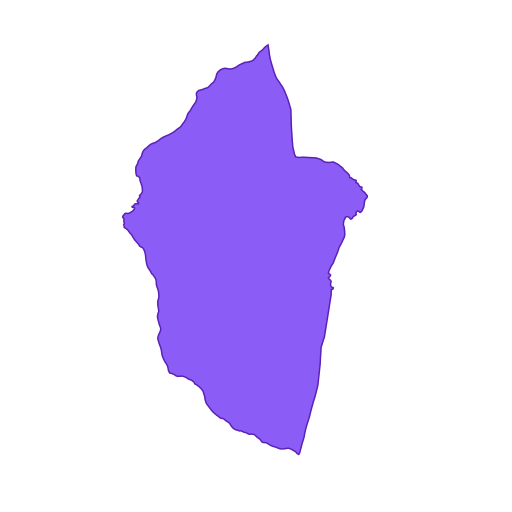 the district of Meung, Bokeo, Laos, rotated 257°
{"feature_id": "54806243B45963768052626", "entity_name": "Meung", "entity_type": "district", "adm_level": 2, "iso_a3": "LAO", "parent_name": "Laos", "parent_adm1": "Bokeo", "projection": "albers", "projection_center": [100.544, 20.66], "detail": "fine", "context": "isolated", "style": "filled", "palette": "violet", "viewbox_px": 512, "rotation_deg": 257, "n_neighbors": 0, "source": "geoboundaries", "source_scale": "gbopen_adm2", "svg_char_len": 6116}
<svg xmlns="http://www.w3.org/2000/svg" viewBox="0 0 512 512"><g transform="rotate(257 256 256)"><path d="M459.0,315.2L457.4,311.5L455.5,308.9L453.8,305.1L452.5,303.6L451.1,302.4L451.0,301.7L450.4,301.1L449.6,300.5L449.0,299.8L448.1,298.2L447.6,297.8L447.4,297.1L446.8,295.2L447.0,293.9L446.6,293.2L446.9,292.1L446.9,291.4L446.8,290.8L446.9,290.0L447.2,289.2L447.2,288.6L447.0,287.6L446.5,287.0L446.5,286.3L446.7,286.0L445.8,282.3L444.4,278.8L443.8,275.4L443.9,273.3L444.4,271.7L445.9,268.1L446.0,266.5L445.6,263.5L444.0,260.5L442.2,258.7L438.8,257.0L436.5,255.3L434.9,253.7L433.7,251.3L432.0,248.8L431.1,247.2L430.8,245.9L430.8,244.1L430.3,241.5L430.2,237.6L429.5,236.0L428.0,234.5L426.3,234.2L423.5,234.1L421.7,233.2L419.7,232.0L416.5,228.5L414.0,226.0L412.4,224.6L410.8,222.5L409.8,221.5L408.1,220.4L406.4,219.4L404.4,217.8L402.6,216.0L401.1,214.1L399.3,212.2L398.5,210.9L397.5,208.2L396.5,206.3L395.1,203.2L394.6,201.6L393.8,198.6L392.9,193.5L392.4,191.4L391.3,188.6L390.3,186.7L389.9,185.2L389.2,183.6L389.0,180.6L388.5,178.4L387.3,176.0L385.8,173.4L385.3,172.0L384.4,170.6L383.1,169.3L381.9,168.4L379.0,166.9L377.7,165.6L375.4,163.0L372.2,161.1L371.1,160.1L369.8,159.0L367.7,158.4L365.4,157.9L362.8,157.6L360.9,157.8L360.9,158.1L360.7,158.4L359.5,159.6L359.0,159.8L358.4,160.2L357.7,160.3L357.2,160.3L356.1,160.0L355.0,160.0L353.1,160.3L351.3,160.4L350.7,160.6L350.4,160.5L349.5,160.7L348.7,160.6L345.1,160.0L344.4,159.8L343.7,159.5L343.3,159.0L342.2,157.8L341.7,157.1L341.3,156.3L341.0,156.0L340.2,156.2L339.5,156.2L339.3,156.1L339.0,155.5L338.2,154.4L337.6,153.9L336.6,152.8L336.3,152.6L335.8,152.6L335.3,152.7L334.3,153.4L333.9,153.5L333.6,153.4L333.4,153.0L333.4,152.5L333.7,151.4L333.9,150.8L334.0,150.2L333.9,149.7L333.7,149.2L332.3,147.9L332.2,147.6L332.3,146.6L332.1,146.4L331.8,146.3L331.5,146.3L331.1,146.7L330.8,147.8L330.5,148.3L330.1,148.4L329.6,148.3L329.2,148.1L328.9,147.7L328.5,147.5L328.4,147.1L327.7,146.3L326.5,143.0L326.2,141.4L326.2,140.8L326.9,139.0L326.9,138.3L326.8,137.7L326.1,136.9L325.3,135.9L325.0,135.4L324.5,135.1L324.1,134.9L323.5,134.9L323.1,135.1L322.3,135.6L321.9,135.7L321.1,135.6L320.3,135.2L319.9,135.1L318.5,135.0L317.4,135.2L317.1,135.0L316.6,134.3L316.4,134.1L316.1,134.1L315.2,134.3L314.6,134.3L313.9,134.1L313.5,134.0L312.1,135.4L310.6,136.7L306.4,138.5L304.8,139.6L303.1,140.0L302.0,140.4L301.4,140.6L299.0,141.4L293.5,144.4L291.7,144.9L290.8,145.8L289.7,147.3L289.0,147.7L287.1,148.3L284.2,148.6L281.4,148.5L276.9,147.9L272.5,147.7L269.6,148.0L268.5,148.3L267.1,148.9L264.8,149.7L262.3,150.4L260.8,151.4L257.4,152.8L255.4,153.2L253.4,153.0L250.7,152.5L247.9,152.6L245.7,152.9L243.0,153.0L239.0,152.4L237.1,151.8L234.2,150.2L231.6,149.5L229.2,149.2L225.5,149.0L224.0,148.8L222.1,147.6L219.2,146.3L217.4,146.2L215.0,146.2L210.4,146.4L208.4,146.8L206.7,146.8L205.5,146.5L203.5,145.3L201.7,143.8L199.8,142.6L198.0,141.8L196.7,141.7L194.8,141.8L191.9,142.0L188.5,142.5L185.7,142.6L180.8,142.2L179.2,142.3L176.7,142.7L173.5,143.5L173.2,143.6L170.5,144.6L168.9,145.0L166.5,145.1L164.5,144.9L161.9,145.4L161.4,145.6L161.2,145.9L160.9,146.9L159.1,149.3L158.3,150.2L157.2,151.1L156.3,152.7L156.2,154.0L155.9,155.0L155.6,157.0L154.9,158.4L154.0,159.8L152.9,161.1L151.7,162.0L149.7,164.9L148.4,166.2L146.6,167.4L145.4,167.5L144.9,167.8L144.6,168.5L141.3,171.3L138.7,172.9L136.2,174.0L130.4,174.4L127.8,174.1L124.6,174.3L123.9,174.4L122.0,175.1L115.5,178.0L113.3,179.2L109.7,181.9L108.3,183.2L106.3,184.7L105.8,185.2L105.5,185.8L105.2,187.0L104.5,188.0L102.9,189.1L101.4,190.4L100.6,191.3L99.5,192.2L98.7,192.7L97.9,193.0L96.5,193.4L95.8,193.7L94.0,194.6L92.5,195.7L91.0,197.5L90.7,198.3L90.1,199.4L89.5,200.0L89.3,200.3L89.3,200.8L89.2,201.7L88.5,202.7L86.7,205.1L86.3,206.2L85.2,207.6L84.3,208.5L83.9,209.2L83.6,211.0L83.0,213.0L82.7,213.8L82.2,214.3L81.0,215.2L79.9,215.8L76.7,218.5L73.2,220.2L72.9,220.6L72.6,221.3L72.1,222.9L71.6,224.1L69.8,226.0L68.4,227.4L67.0,229.2L65.5,231.9L62.8,235.9L62.3,237.3L61.7,240.6L61.7,241.8L61.5,244.1L60.7,245.7L60.0,246.7L56.3,250.6L54.3,251.6L53.0,253.0L54.5,254.4L56.8,255.5L59.3,256.9L62.3,258.4L68.9,262.2L72.8,263.8L79.4,267.2L87.3,271.9L93.3,274.9L100.3,278.7L105.4,281.7L109.2,283.7L116.4,287.3L136.6,294.3L143.7,296.3L148.2,297.7L152.4,298.9L162.1,304.6L201.1,320.4L206.4,321.8L206.3,322.1L206.3,323.3L207.3,324.1L207.6,324.2L207.8,324.1L208.0,323.9L208.1,323.3L208.5,322.9L209.7,322.3L210.4,322.1L210.9,322.1L211.3,322.2L212.1,322.5L213.0,322.8L214.2,323.4L214.5,323.5L215.0,323.4L216.0,322.9L216.2,322.7L217.8,321.7L218.3,321.6L218.6,321.7L218.7,321.9L219.4,323.4L220.2,324.1L220.5,324.3L220.9,324.3L221.4,324.0L222.7,322.7L222.9,322.6L223.3,322.8L223.9,323.3L225.1,323.7L229.3,327.1L232.0,329.8L236.3,332.7L241.0,336.1L245.9,339.1L248.5,341.5L254.4,346.2L256.2,347.1L259.1,347.8L263.8,348.4L266.8,348.2L268.7,348.7L269.2,349.0L270.9,349.7L271.6,350.3L271.9,350.8L272.6,351.3L273.3,351.5L273.7,352.0L273.9,352.9L273.8,353.9L273.4,354.6L272.7,355.3L272.0,355.8L271.3,356.1L270.7,356.4L270.6,357.1L270.7,357.6L271.2,358.4L272.1,359.2L272.6,359.9L273.3,362.1L273.7,363.0L274.2,363.1L274.6,362.8L275.3,363.0L276.0,363.5L276.5,363.7L276.8,364.6L276.9,365.3L276.6,365.9L275.5,366.7L275.0,367.4L275.4,368.3L276.3,369.6L279.6,372.1L284.1,373.8L286.3,374.9L287.7,377.0L288.5,377.7L289.8,378.0L290.2,377.7L291.3,377.1L292.6,376.6L293.8,376.0L294.8,374.9L296.3,374.3L297.0,373.5L298.6,374.6L299.3,374.6L299.6,374.2L299.9,373.3L300.3,372.8L301.1,372.5L301.5,372.1L302.6,372.0L304.1,371.4L304.6,370.6L304.7,370.1L306.0,370.0L306.4,370.5L307.0,370.6L307.6,370.2L308.3,368.5L309.4,367.3L310.6,366.6L310.9,366.1L311.1,365.1L312.9,365.1L313.9,365.0L315.5,364.3L317.4,363.0L318.5,362.1L321.1,360.6L322.3,360.2L327.2,356.2L330.3,352.4L330.6,348.8L331.4,345.8L332.5,343.6L335.5,340.9L338.0,336.7L341.6,324.4L342.4,319.8L343.6,317.0L346.6,316.4L354.0,316.4L360.4,317.3L375.0,319.7L390.6,322.9L398.9,322.5L402.7,322.1L406.3,321.6L407.8,321.3L410.6,320.9L414.7,319.9L417.8,318.6L419.7,318.0L423.9,316.2L427.0,315.5L430.9,315.0L439.8,314.4L443.9,314.2L447.9,314.3L454.5,314.9L459.0,315.2Z" fill="#8b5cf6" stroke="#5b21b6" stroke-width="1.5"/></g></svg>